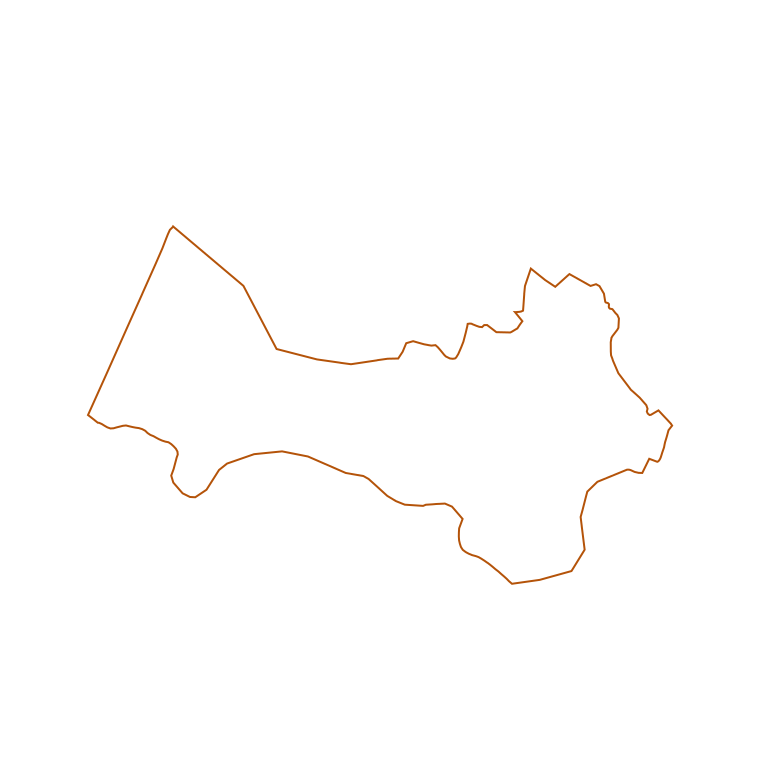 Saqin, Sa`dah, Yemen, rotated 129°
{"feature_id": "15242507B44237665414324", "entity_name": "Saqin", "entity_type": "district", "adm_level": 2, "iso_a3": "YEM", "parent_name": "Yemen", "parent_adm1": "Sa`dah", "projection": "robinson", "projection_center": [43.467, 16.799], "detail": "fine", "context": "isolated", "style": "outline", "palette": "amber", "viewbox_px": 768, "rotation_deg": 129, "n_neighbors": 0, "source": "geoboundaries", "source_scale": "gbopen_adm2", "svg_char_len": 3562}
<svg xmlns="http://www.w3.org/2000/svg" viewBox="0 0 768 768"><g transform="rotate(129 384 384)"><path d="M182.1,253.6L183.3,255.9L183.1,257.2L182.3,258.1L180.8,259.0L180.3,259.6L180.2,261.0L181.0,262.7L181.0,263.4L180.7,264.0L175.4,269.9L172.3,278.2L172.4,278.6L173.0,282.0L177.8,285.2L181.9,309.1L200.7,312.1L200.7,312.3L201.8,324.1L201.9,342.5L218.9,336.2L219.3,336.0L219.6,335.8L225.8,331.7L226.0,331.5L236.3,324.3L239.5,322.1L241.1,322.9L241.6,323.2L242.0,323.6L242.4,323.9L242.8,324.3L243.2,324.7L243.6,325.1L243.9,325.5L244.5,325.9L244.7,326.3L245.1,326.7L245.5,327.1L245.7,327.4L248.1,316.0L252.1,315.8L255.3,315.5L256.9,315.3L257.0,315.4L263.3,317.7L264.5,318.3L267.2,321.8L273.0,329.3L273.1,333.6L273.3,341.0L273.8,341.6L275.1,343.2L278.1,343.6L278.5,344.3L279.6,345.9L280.3,347.9L280.5,348.4L281.3,351.0L281.8,352.6L281.9,352.9L282.0,353.8L283.0,355.3L284.6,356.8L286.1,356.0L286.9,355.5L287.2,355.4L292.8,352.7L301.2,348.9L306.9,347.1L314.1,345.1L318.1,344.6L319.5,344.9L321.1,346.4L322.7,348.9L323.7,353.3L323.5,355.0L323.5,355.4L322.8,358.7L322.1,362.1L321.5,365.7L321.5,366.7L321.4,368.4L324.4,371.4L325.1,372.7L325.7,373.7L326.2,374.7L327.9,377.8L330.2,383.1L332.4,388.3L338.3,392.4L339.0,392.2L347.2,389.8L355.3,389.0L356.6,390.6L362.0,397.0L369.4,403.9L370.3,404.6L389.4,422.1L394.4,430.3L395.6,432.4L407.1,451.6L424.4,489.5L396.2,555.0L394.8,623.6L394.3,647.0L394.6,646.9L398.9,647.4L403.6,646.2L408.1,644.8L418.0,641.6L434.3,637.1L465.4,628.8L466.4,628.5L502.6,618.9L549.3,606.4L594.4,594.5L594.3,591.4L594.2,582.0L593.5,581.1L592.7,578.1L592.3,574.8L591.8,571.7L590.7,568.6L588.6,566.3L586.0,564.5L583.6,562.7L580.8,560.6L578.6,558.4L577.1,555.2L575.7,552.3L574.2,549.5L572.5,546.7L571.2,543.4L570.6,540.1L570.9,536.9L570.6,533.5L569.6,530.3L569.1,527.2L568.5,524.1L567.6,520.8L566.4,517.7L564.9,514.8L564.8,513.6L564.6,511.4L564.8,508.3L565.3,504.9L565.7,504.0L566.5,502.0L568.6,499.9L571.5,498.9L582.4,494.0L589.1,491.7L593.2,485.7L595.7,471.7L593.9,463.7L590.8,459.4L577.9,455.4L554.6,458.1L544.6,455.9L520.3,440.8L500.5,420.8L488.2,397.5L477.2,357.7L468.5,342.1L467.5,336.2L468.0,326.6L468.9,311.1L467.5,301.0L464.7,291.9L454.1,276.9L451.5,275.5L447.1,270.7L444.3,267.8L442.0,265.2L438.6,261.4L436.5,254.0L437.7,247.3L439.4,238.0L448.8,234.8L449.1,234.6L452.2,232.4L455.4,229.9L458.3,227.2L460.4,224.5L462.2,221.7L462.6,220.6L462.7,220.3L463.3,218.4L463.2,215.2L463.1,214.2L462.5,211.1L461.9,209.2L461.6,208.0L460.4,205.3L460.1,204.6L459.7,203.6L459.0,201.5L458.5,198.4L458.3,196.4L458.1,194.7L457.9,191.4L457.8,191.1L457.7,188.0L457.7,184.5L457.8,180.9L457.7,177.1L457.9,173.4L458.0,169.7L458.2,166.0L458.6,162.8L458.7,158.8L438.2,139.7L411.4,120.6L408.8,120.9L387.9,123.6L386.5,123.8L370.4,140.5L369.5,141.4L363.6,147.5L357.2,150.3L343.9,156.4L339.6,158.3L339.2,158.2L335.7,157.8L325.7,156.6L297.6,141.2L296.4,139.7L295.7,138.2L294.6,133.9L292.8,130.2L290.6,127.3L275.2,130.8L272.5,122.7L271.5,122.2L270.1,122.1L268.5,122.3L267.0,122.7L265.2,123.4L262.2,124.6L258.9,125.8L257.0,126.5L254.4,127.9L252.2,129.0L248.2,130.6L245.6,131.7L240.9,133.8L235.0,133.9L234.4,135.9L234.3,136.0L231.8,154.1L239.2,156.9L240.0,157.2L241.0,158.1L241.0,160.4L240.0,162.4L237.4,163.6L235.4,166.8L233.7,176.7L233.4,182.2L233.1,188.7L232.8,189.7L232.0,192.9L230.4,199.4L228.2,208.4L228.1,208.7L224.8,215.0L221.9,220.5L221.6,221.0L220.6,222.5L218.8,225.6L216.1,228.1L208.8,234.1L205.1,236.2L205.0,236.3L203.0,236.6L195.0,236.8L192.8,237.2L189.9,239.3L185.2,242.7L183.5,246.1L183.2,248.8L182.1,253.6Z" fill="none" stroke="#b45309" stroke-width="2"/></g></svg>